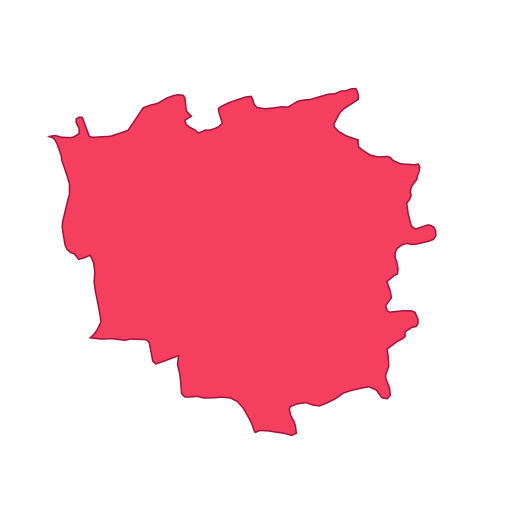 the district of Ariha, Idlib, Syria, rotated 74°
{"feature_id": "27442178B18977709066888", "entity_name": "Ariha", "entity_type": "district", "adm_level": 2, "iso_a3": "SYR", "parent_name": "Syria", "parent_adm1": "Idlib", "projection": "albers", "projection_center": [36.527, 35.771], "detail": "fine", "context": "isolated", "style": "filled", "palette": "rose", "viewbox_px": 512, "rotation_deg": 74, "n_neighbors": 0, "source": "geoboundaries", "source_scale": "gbopen_adm2", "svg_char_len": 3310}
<svg xmlns="http://www.w3.org/2000/svg" viewBox="0 0 512 512"><g transform="rotate(74 256 256)"><path d="M84.3,421.9L85.6,419.5L88.5,417.4L93.6,416.3L105.9,415.6L110.3,416.3L125.6,415.5L135.3,415.4L145.2,418.3L152.6,422.8L162.5,428.3L169.4,432.3L174.6,434.3L184.4,435.6L193.1,436.5L197.2,435.9L200.8,433.8L201.7,433.3L203.6,430.2L207.1,428.6L210.2,427.5L210.5,422.8L209.6,415.1L217.8,414.0L227.1,415.4L236.4,418.8L246.7,420.2L257.0,421.0L270.9,422.3L276.6,423.2L283.5,429.3L286.8,433.8L289.0,437.9L293.2,427.6L295.8,417.2L300.9,405.3L300.9,405.2L301.2,399.6L306.1,384.7L308.7,383.1L309.6,382.5L328.6,384.2L329.8,383.5L332.1,382.1L331.9,376.0L330.5,358.0L331.8,358.5L338.9,361.4L348.6,361.8L358.5,363.6L367.8,365.5L371.8,363.4L373.1,359.3L374.8,351.0L378.1,345.3L380.7,335.5L382.4,327.2L385.4,319.7L390.8,313.9L398.8,310.2L407.4,308.0L416.0,306.3L424.4,305.8L425.4,305.3L424.8,300.3L427.5,292.4L430.6,285.8L434.2,277.9L438.2,271.3L437.5,266.1L430.6,265.0L426.2,265.0L419.0,266.5L412.5,266.2L410.2,264.5L409.5,257.5L410.8,248.0L414.8,242.7L417.6,236.5L416.8,228.3L415.1,219.2L411.8,209.5L411.5,202.6L411.9,193.4L412.8,183.4L418.1,177.2L427.0,174.0L429.4,169.2L426.8,165.1L426.5,165.1L419.4,164.0L410.0,165.0L406.1,164.2L398.5,158.7L389.3,156.7L381.5,155.6L377.1,143.9L375.9,137.9L374.5,134.9L370.1,133.6L367.6,125.9L367.9,121.5L365.6,118.9L361.6,117.7L353.9,118.7L351.5,121.8L349.2,129.7L346.8,143.2L344.3,145.0L339.6,145.1L336.4,141.2L333.6,137.4L327.5,136.6L316.7,137.2L312.9,129.0L312.3,125.1L307.9,123.1L304.4,122.7L300.5,122.3L296.2,122.8L291.0,121.2L287.9,118.6L285.9,113.9L285.4,110.9L285.6,107.0L287.6,103.9L288.7,99.5L289.2,90.4L289.4,86.0L289.0,81.0L286.2,77.6L281.4,76.4L277.6,76.9L274.7,79.6L273.5,82.2L273.7,87.4L274.1,95.2L270.3,98.3L267.7,98.4L257.8,98.1L249.6,97.0L246.9,96.6L244.2,93.1L240.6,90.2L236.3,89.8L231.9,87.3L229.6,84.3L226.8,80.4L222.8,78.3L220.2,76.2L215.8,74.1L212.3,74.6L212.1,78.5L209.7,84.6L209.0,87.2L206.6,92.5L204.4,95.0L201.9,98.0L198.1,99.8L196.5,102.4L194.3,111.6L190.3,118.6L183.6,124.4L179.9,127.0L177.3,127.1L172.5,125.9L169.6,130.3L165.2,136.4L158.5,142.6L154.3,144.8L150.8,144.9L145.9,140.2L141.8,136.4L138.6,130.8L136.1,122.6L133.6,114.4L132.1,114.3L130.4,113.2L125.9,113.3L125.1,113.4L123.7,113.7L122.6,113.9L121.6,118.4L121.8,121.8L121.9,125.1L120.9,128.5L121.7,134.8L121.7,135.2L121.7,135.4L121.7,135.6L121.8,136.4L121.1,138.9L120.4,141.4L120.4,141.5L120.5,161.0L119.2,167.3L118.8,173.3L120.6,180.1L121.7,184.2L119.7,189.9L118.4,198.9L117.0,206.8L113.4,214.2L109.6,216.0L105.1,216.0L101.2,216.6L100.3,222.3L101.1,239.7L102.6,248.1L103.8,251.5L107.8,252.0L115.0,251.9L119.0,251.8L121.4,256.3L122.1,260.2L122.3,265.3L120.9,270.4L121.6,273.2L121.8,277.7L117.9,280.0L114.2,284.0L110.4,286.8L105.9,286.9L103.9,279.6L100.8,281.2L97.2,283.0L87.3,281.2L84.7,280.7L83.4,281.2L81.7,281.4L80.6,283.8L79.6,286.2L79.1,291.0L79.5,298.0L82.2,308.7L81.9,315.4L82.0,318.0L82.2,320.7L82.4,323.5L84.1,325.6L85.3,327.0L89.3,331.7L90.9,333.6L92.5,335.5L95.5,339.1L97.7,341.7L99.9,344.4L100.3,350.2L100.5,354.9L100.7,360.2L100.8,363.0L99.1,370.4L97.1,379.6L95.4,383.2L80.0,384.4L78.0,384.5L75.1,384.7L73.8,387.3L74.6,390.9L77.8,392.1L85.1,390.9L89.6,392.4L91.3,398.3L91.1,401.7L88.0,410.8L85.1,415.3L84.1,420.7L84.3,421.9Z" fill="#f43f5e" stroke="#9f1239" stroke-width="1.5"/></g></svg>